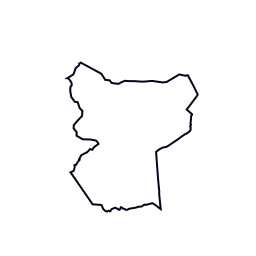 the district of M'bout, Gorgol, Mauritania, rotated 224°
{"feature_id": "47542326B11221851845412", "entity_name": "M'bout", "entity_type": "district", "adm_level": 2, "iso_a3": "MRT", "parent_name": "Mauritania", "parent_adm1": "Gorgol", "projection": "orthographic", "projection_center": [-12.565, 16.012], "detail": "fine", "context": "isolated", "style": "outline", "palette": "ink", "viewbox_px": 256, "rotation_deg": 224, "n_neighbors": 0, "source": "geoboundaries", "source_scale": "gbopen_adm2", "svg_char_len": 1692}
<svg xmlns="http://www.w3.org/2000/svg" viewBox="0 0 256 256"><g transform="rotate(224 128 128)"><path d="M85.1,53.3L84.6,55.0L83.2,55.3L82.9,56.1L83.4,57.5L83.3,58.7L82.7,59.8L82.0,61.5L80.5,62.3L80.0,62.4L79.0,62.5L78.7,62.7L77.5,63.0L77.3,63.5L77.3,64.1L78.1,66.0L77.6,66.5L75.6,66.5L75.3,66.8L74.0,67.5L73.2,67.4L72.4,67.9L71.7,68.8L71.0,70.8L70.0,72.2L68.5,74.2L68.0,74.7L67.5,75.6L66.7,76.8L66.0,78.0L65.2,79.5L64.0,80.4L63.6,81.3L63.4,82.3L63.2,83.4L62.9,84.4L61.7,85.1L58.2,90.9L55.0,91.6L52.8,91.8L48.2,92.4L59.4,101.9L61.5,104.1L71.3,112.5L91.2,130.3L90.7,134.2L89.5,137.8L87.0,141.7L84.3,154.1L83.5,159.0L83.0,161.6L82.5,163.4L82.1,164.4L81.5,167.5L81.4,168.4L81.6,170.0L83.2,171.8L84.5,172.5L84.6,173.5L85.3,174.3L85.9,174.3L87.8,176.8L90.3,179.8L90.9,180.4L91.0,181.7L91.5,182.4L98.6,182.0L100.7,199.5L101.3,200.6L110.5,203.9L121.7,207.5L123.2,205.3L128.3,202.2L132.1,188.2L134.4,185.1L143.4,178.6L147.9,173.4L150.2,171.0L155.9,166.2L159.4,162.8L163.0,159.8L164.4,156.6L165.5,153.2L168.7,150.7L171.0,149.1L172.7,149.3L174.4,149.5L176.5,147.9L177.8,146.8L184.8,148.5L207.5,142.2L207.8,140.4L207.6,140.4L206.8,139.4L207.2,134.6L204.9,129.7L204.6,128.2L206.3,121.5L205.2,122.3L200.7,121.6L198.3,119.9L197.9,117.5L195.4,114.6L190.3,110.9L184.5,109.9L182.2,111.6L176.4,108.7L172.5,108.6L169.4,104.6L169.4,99.0L169.0,92.4L166.9,90.0L162.0,89.3L159.6,86.7L152.8,88.4L146.8,93.8L142.3,96.7L140.2,96.7L138.2,96.1L138.7,93.0L139.1,90.2L138.5,87.6L140.6,86.6L140.6,82.3L142.7,76.0L141.4,71.4L140.7,71.4L140.6,69.0L139.8,65.2L140.7,64.2L139.2,62.9L137.3,59.4L138.5,56.2L106.2,49.7L100.5,48.5L93.6,54.2L89.5,52.5L86.6,52.6L85.1,53.3Z" fill="none" stroke="#020617" stroke-width="2"/></g></svg>